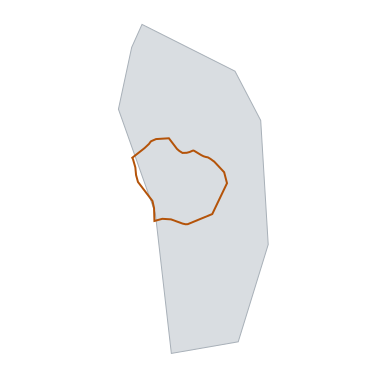 location of Saint Joseph within Dominica, rotated 5°
{"feature_id": "DMA-1436", "entity_name": "Saint Joseph", "entity_type": "Parish", "adm_level": 1, "iso_a3": "DMA", "parent_name": "Dominica", "parent_adm1": "", "projection": "robinson", "projection_center": [-61.392, 15.442], "detail": "fine", "context": "in_parent", "style": "outline", "palette": "amber", "viewbox_px": 384, "rotation_deg": 5, "n_neighbors": 0, "source": "natural_earth", "source_scale": "10m", "svg_char_len": 787}
<svg xmlns="http://www.w3.org/2000/svg" viewBox="0 0 384 384"><g transform="rotate(5 192 192)"><path d="M251.1,337.2L185.5,354.6L157.3,216.3L111.5,115.9L119.3,53.2L127.6,29.4L224.3,67.9L254.2,114.7L272.5,237.7L251.1,337.2Z" fill="#d9dde1" stroke="#a8b0b8" stroke-width="1"/><path d="M157.1,224.1L155.6,211.4L153.4,204.4L137.3,186.7L134.8,180.0L133.4,172.4L130.3,164.3L129.5,163.1L140.8,152.5L145.1,147.7L145.8,146.4L146.8,145.0L151.6,142.4L164.3,140.5L173.3,150.4L175.8,152.2L179.1,153.9L183.3,153.4L186.1,152.4L189.0,150.8L189.7,150.6L190.6,150.8L197.9,154.4L200.4,155.4L202.7,155.9L204.8,156.1L207.5,157.4L211.6,159.9L222.3,169.5L226.1,180.2L214.1,212.2L190.6,224.4L188.5,224.7L185.4,224.3L173.5,221.1L164.8,221.3L157.1,224.1Z" fill="none" stroke="#b45309" stroke-width="2"/></g></svg>